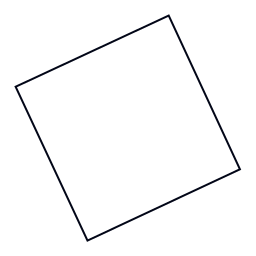 the district of Roberts, Texas, United States of America, rotated 65°
{"feature_id": "52423323B43933736406095", "entity_name": "Roberts", "entity_type": "district", "adm_level": 2, "iso_a3": "USA", "parent_name": "United States of America", "parent_adm1": "Texas", "projection": "natural_earth1", "projection_center": [-100.882, 35.838], "detail": "fine", "context": "isolated", "style": "outline", "palette": "ink", "viewbox_px": 256, "rotation_deg": 65, "n_neighbors": 0, "source": "geoboundaries", "source_scale": "gbopen_adm2", "svg_char_len": 251}
<svg xmlns="http://www.w3.org/2000/svg" viewBox="0 0 256 256"><g transform="rotate(65 128 128)"><path d="M43.3,44.5L43.1,210.0L43.1,212.4L212.9,212.3L212.7,44.0L210.7,44.0L43.3,43.6L43.3,44.5Z" fill="none" stroke="#020617" stroke-width="2"/></g></svg>